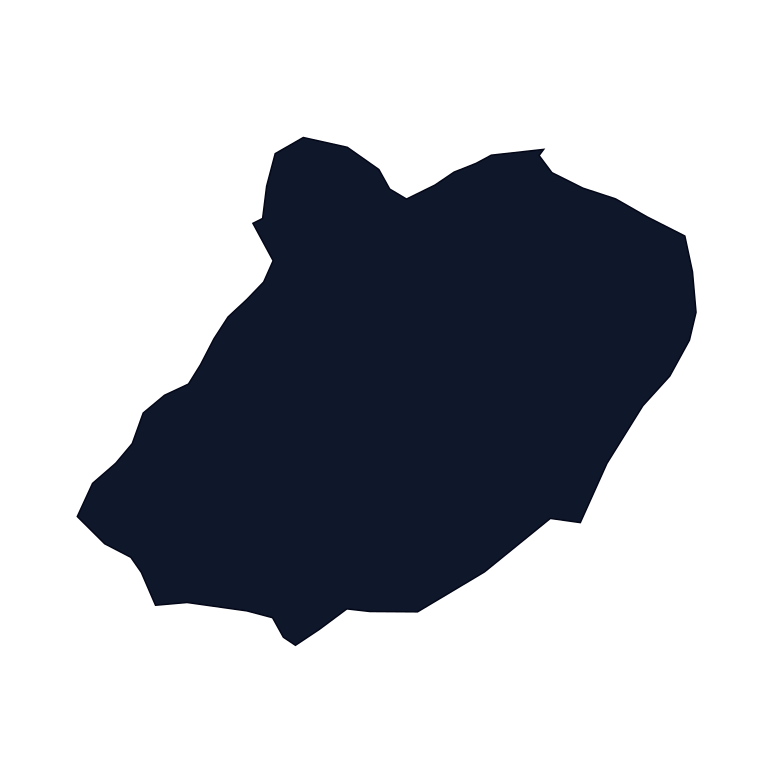 Gurye-gun, South Jeolla, South Korea, rotated 85°
{"feature_id": "91817680B46219646335198", "entity_name": "Gurye-gun", "entity_type": "district", "adm_level": 2, "iso_a3": "KOR", "parent_name": "South Korea", "parent_adm1": "South Jeolla", "projection": "mercator", "projection_center": [127.492, 35.226], "detail": "fine", "context": "isolated", "style": "filled", "palette": "ink", "viewbox_px": 768, "rotation_deg": 85, "n_neighbors": 0, "source": "geoboundaries", "source_scale": "gbopen_adm2", "svg_char_len": 849}
<svg xmlns="http://www.w3.org/2000/svg" viewBox="0 0 768 768"><g transform="rotate(85 384 384)"><path d="M164.2,204.5L165.4,257.2L172.2,273.0L179.0,295.7L190.3,316.0L201.7,345.5L190.3,361.3L169.9,370.4L145.0,399.9L131.4,442.9L145.0,472.3L176.7,483.7L208.5,490.5L212.5,500.6L251.5,483.7L271.9,495.0L287.7,513.1L303.6,533.5L324.0,549.4L348.9,565.2L367.0,578.8L376.1,603.7L391.9,626.4L421.4,640.0L439.5,658.1L443.3,663.3L457.6,683.0L489.3,701.1L518.8,676.2L534.6,651.3L550.5,642.2L584.5,630.9L584.5,599.2L598.1,540.3L607.1,515.4L627.5,506.3L636.6,495.0L623.0,470.1L604.8,440.6L609.4,418.0L613.9,370.4L579.9,300.2L532.4,230.0L539.2,200.5L482.5,168.8L428.2,128.0L401.0,98.6L367.0,75.9L339.8,66.9L299.1,66.9L262.8,71.4L240.2,107.7L219.8,137.1L206.2,168.8L188.1,198.3L169.9,209.6L164.2,204.5Z" fill="#0f172a" stroke="#020617" stroke-width="1.5"/></g></svg>